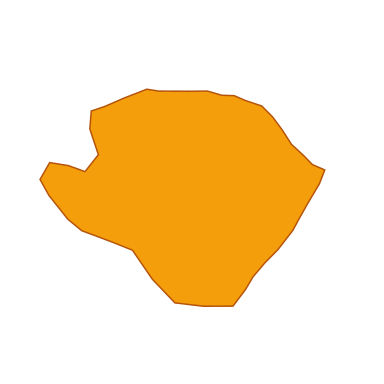 Agios Chariton, Cyprus, rotated 151°
{"feature_id": "46923920B730618297548", "entity_name": "Agios Chariton", "entity_type": "district", "adm_level": 2, "iso_a3": "CYP", "parent_name": "Cyprus", "parent_adm1": "", "projection": "orthographic", "projection_center": [33.6, 35.299], "detail": "fine", "context": "isolated", "style": "filled", "palette": "amber", "viewbox_px": 384, "rotation_deg": 151, "n_neighbors": 0, "source": "geoboundaries", "source_scale": "gbopen_adm2", "svg_char_len": 660}
<svg xmlns="http://www.w3.org/2000/svg" viewBox="0 0 384 384"><g transform="rotate(151 192 192)"><path d="M65.2,146.9L73.4,157.6L76.6,169.4L81.9,185.4L83.0,202.5L85.1,218.5L89.3,233.4L101.0,246.2L108.4,255.8L119.1,262.2L129.7,272.9L143.5,280.3L153.1,285.7L172.2,296.4L181.7,303.8L205.1,307.0L227.4,309.2L240.8,311.7L250.8,296.7L255.8,270.0L275.7,261.7L287.3,275.0L302.2,286.7L318.8,276.7L318.8,258.3L313.8,228.3L307.2,211.6L287.3,188.3L272.3,170.0L269.0,135.0L260.7,103.3L237.5,86.6L211.5,72.3L192.4,80.8L179.6,88.3L162.6,94.7L144.6,100.0L122.3,109.6L110.6,117.1L96.8,125.6L76.6,137.4L65.2,146.9Z" fill="#f59e0b" stroke="#b45309" stroke-width="1.5"/></g></svg>